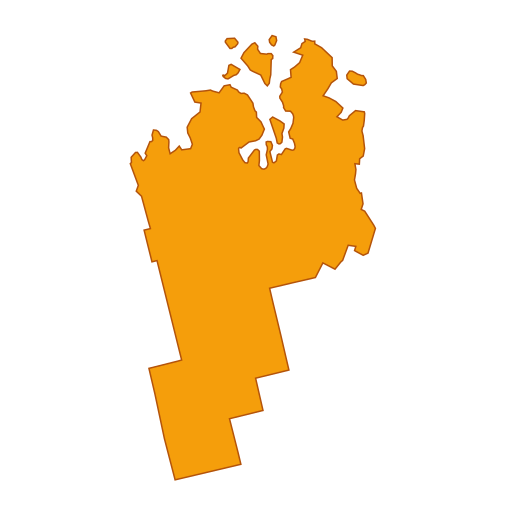 Hancock, Maine, United States of America, rotated 177°
{"feature_id": "52423323B62480653230445", "entity_name": "Hancock", "entity_type": "district", "adm_level": 2, "iso_a3": "USA", "parent_name": "United States of America", "parent_adm1": "Maine", "projection": "orthographic", "projection_center": [-68.461, 44.676], "detail": "fine", "context": "isolated", "style": "filled", "palette": "amber", "viewbox_px": 512, "rotation_deg": 177, "n_neighbors": 0, "source": "geoboundaries", "source_scale": "gbopen_adm2", "svg_char_len": 3987}
<svg xmlns="http://www.w3.org/2000/svg" viewBox="0 0 512 512"><g transform="rotate(177 256 256)"><path d="M348.5,36.7L282.0,48.8L284.2,60.6L291.0,94.9L257.1,101.4L262.8,134.0L229.1,140.4L231.6,154.3L235.3,175.2L236.6,182.2L241.5,208.5L244.1,223.1L221.6,227.2L197.8,231.4L189.6,245.6L177.8,238.7L171.6,245.6L169.7,247.1L163.4,261.9L155.8,260.4L157.3,256.2L148.9,251.1L144.0,253.0L135.3,277.3L136.8,280.6L145.1,295.1L148.5,297.0L146.4,302.5L147.4,313.4L148.7,313.1L151.9,318.3L153.7,326.8L152.3,332.9L151.7,337.1L152.4,343.0L148.0,342.3L147.4,347.7L143.7,350.2L141.9,357.5L142.7,370.1L142.7,370.4L143.7,375.3L143.1,377.8L142.9,378.7L141.9,380.1L140.8,385.8L140.0,392.6L140.3,394.3L149.0,396.0L155.4,391.2L156.9,388.7L158.0,387.7L162.3,387.2L167.9,390.8L165.7,392.9L163.4,395.1L161.5,399.2L168.1,406.0L174.8,410.1L180.6,412.5L175.5,419.2L171.7,425.0L165.6,429.0L166.1,436.2L169.9,441.9L169.6,450.1L179.6,460.6L186.2,464.8L186.1,467.5L188.0,467.4L189.4,467.8L192.7,469.4L193.4,469.7L196.1,470.2L195.6,467.7L199.0,465.7L200.5,461.6L207.7,457.6L198.8,454.1L202.3,446.8L207.6,442.7L211.8,440.3L211.6,432.6L214.9,431.3L221.3,428.9L222.4,426.7L222.9,423.5L221.6,421.5L221.1,418.3L223.9,414.3L223.9,412.4L221.5,408.2L220.5,404.3L220.7,402.8L218.8,399.2L214.0,398.8L211.9,396.1L211.3,394.2L211.1,392.4L212.1,386.6L214.6,381.5L216.9,378.2L215.7,371.8L213.2,370.9L211.7,366.7L211.2,363.2L211.6,361.5L212.7,360.0L214.3,359.7L219.9,361.9L221.2,361.5L225.3,356.0L227.8,356.7L229.4,355.7L230.7,349.8L233.2,348.1L234.6,348.7L236.7,359.6L234.5,362.1L233.8,365.6L235.2,369.4L238.5,369.8L239.9,369.3L239.9,366.6L239.0,364.5L239.0,361.8L240.5,356.5L239.1,347.2L240.1,344.6L241.5,343.1L243.4,342.3L244.8,342.6L245.8,342.9L248.4,346.2L247.6,351.0L247.2,360.5L248.9,362.3L250.5,362.5L252.0,361.9L258.5,354.2L258.9,350.7L259.8,349.3L262.1,349.7L263.9,352.1L264.3,352.8L267.6,360.0L267.8,364.0L267.2,365.0L266.3,365.3L265.3,364.6L257.0,370.2L250.4,371.1L246.8,372.6L243.8,376.3L241.0,382.3L242.3,385.4L244.0,389.7L246.7,392.8L248.1,394.3L248.1,399.7L249.4,401.0L250.7,405.0L251.1,408.8L256.1,417.3L259.3,419.2L262.5,419.1L264.7,420.7L265.9,422.7L272.0,425.9L273.0,428.4L278.9,427.6L284.3,420.9L290.7,423.0L292.8,424.1L297.6,423.6L311.2,423.1L312.8,422.2L309.0,412.9L302.9,411.6L304.1,404.3L304.3,402.8L313.1,396.5L318.0,388.2L317.7,382.4L315.5,377.4L313.7,370.9L314.7,368.7L315.7,366.6L324.6,365.9L326.9,369.8L331.0,365.8L336.4,362.6L337.6,368.6L337.0,374.5L337.1,376.8L339.4,379.4L344.5,380.7L347.0,385.3L348.8,386.7L351.8,387.2L353.5,382.2L353.0,379.4L353.1,376.8L354.4,375.7L355.9,375.8L361.3,364.5L359.8,361.9L362.2,357.9L363.4,357.1L364.9,358.2L365.8,360.8L369.0,365.7L370.9,365.7L375.5,361.1L375.5,355.9L376.7,354.8L369.8,332.7L372.2,327.0L367.2,321.7L361.8,296.6L360.0,288.9L366.4,287.7L365.2,281.4L360.2,255.6L355.1,256.6L335.7,156.0L339.2,155.2L368.8,149.4L364.2,123.8L357.0,78.3L348.5,36.7ZM229.0,452.3L228.7,455.2L230.2,457.3L233.4,457.5L234.7,457.0L241.0,458.0L243.6,462.4L243.2,465.4L246.0,469.0L249.0,467.8L257.4,459.7L260.6,454.3L254.3,446.2L252.0,442.1L249.8,440.7L241.8,436.5L238.1,427.8L235.8,425.3L233.7,427.8L233.0,432.0L231.8,436.1L230.5,451.4L229.0,452.3ZM221.5,382.2L221.0,386.4L225.1,389.7L232.1,393.9L235.0,391.7L229.6,372.6L228.9,367.8L227.2,366.7L225.8,366.9L224.2,368.3L223.3,373.4L223.7,376.9L221.5,382.2ZM136.8,423.0L137.2,426.6L139.4,430.5L141.3,430.7L143.3,431.6L145.0,432.2L147.1,433.7L150.2,435.5L152.9,435.8L155.9,431.9L155.7,428.3L149.7,422.6L140.6,420.7L140.0,420.6L138.4,421.4L136.8,423.0ZM264.3,439.8L262.3,443.1L270.8,448.7L273.1,447.8L274.9,440.1L278.0,437.5L278.7,438.4L279.7,438.2L279.4,437.0L277.1,434.9L274.7,434.3L268.7,437.5L266.2,438.1L264.3,439.8ZM262.9,469.9L262.9,470.5L266.0,474.6L273.5,474.6L275.4,472.3L275.4,471.1L271.1,464.6L269.3,464.5L267.9,465.6L265.9,466.0L263.2,468.9L262.9,469.9ZM224.1,470.1L224.6,473.9L228.4,475.3L231.5,471.4L231.2,468.7L229.4,466.0L227.3,464.8L226.2,465.6L224.1,470.1Z" fill="#f59e0b" stroke="#b45309" stroke-width="1.5"/></g></svg>